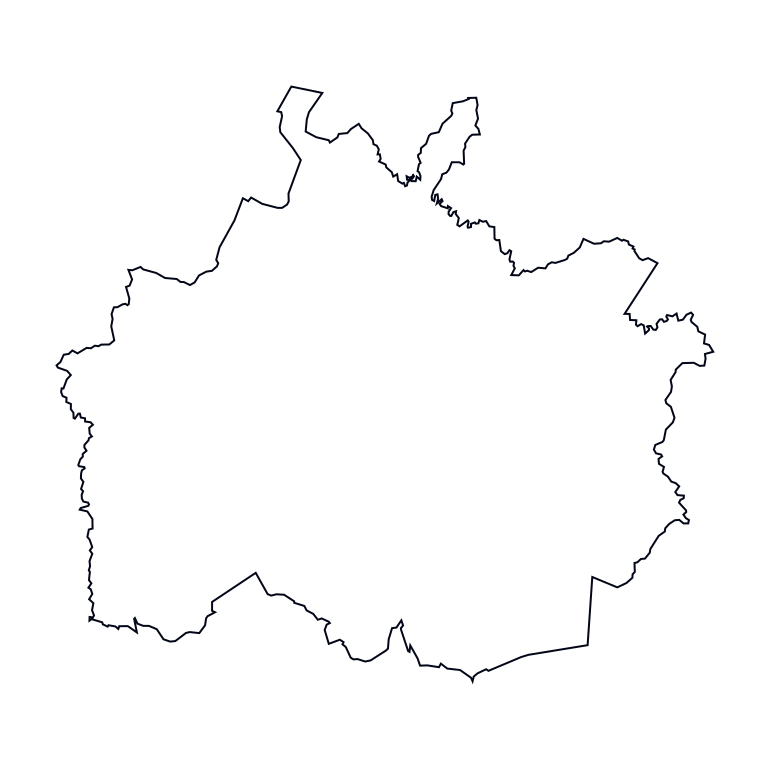 Atotonilco el Grande, Hidalgo, Mexico (Natural Earth projection), rotated 182°
{"feature_id": "50627088B60694242822101", "entity_name": "Atotonilco el Grande", "entity_type": "district", "adm_level": 2, "iso_a3": "MEX", "parent_name": "Mexico", "parent_adm1": "Hidalgo", "projection": "natural_earth1", "projection_center": [-98.662, 20.341], "detail": "fine", "context": "isolated", "style": "outline", "palette": "ink", "viewbox_px": 768, "rotation_deg": 182, "n_neighbors": 0, "source": "geoboundaries", "source_scale": "gbopen_adm2", "svg_char_len": 6111}
<svg xmlns="http://www.w3.org/2000/svg" viewBox="0 0 768 768"><g transform="rotate(182 384 384)"><path d="M114.9,514.3L124.4,519.0L129.9,516.8L133.4,518.6L138.3,525.6L138.2,527.2L140.3,528.1L139.5,530.1L144.1,531.9L145.0,535.0L149.7,536.5L151.1,535.5L156.0,538.1L164.0,534.1L169.3,534.3L172.1,532.2L179.0,531.5L189.7,536.0L193.1,527.3L198.9,521.7L204.2,518.8L205.3,515.6L207.7,514.2L216.9,511.0L220.6,511.5L224.3,509.3L226.7,505.2L234.0,505.6L240.8,501.0L244.9,502.2L247.1,501.4L248.5,502.7L253.1,497.3L260.6,497.3L257.3,504.2L258.7,506.6L258.3,509.7L259.6,510.9L262.1,510.6L263.0,512.8L261.5,521.1L263.3,522.1L265.3,519.0L267.9,518.0L271.8,520.9L273.8,531.9L276.7,531.6L278.6,533.1L279.2,544.7L284.2,545.2L287.6,550.4L290.9,549.6L294.4,551.2L295.3,547.9L297.8,547.4L298.9,548.6L302.7,547.1L302.5,543.9L305.4,543.1L306.0,544.1L305.1,549.2L306.0,550.4L314.0,544.2L316.3,545.6L315.0,552.4L318.3,556.5L318.0,559.2L320.6,558.3L322.6,554.3L323.8,554.3L325.4,556.0L325.4,558.5L323.1,562.1L326.3,564.0L326.4,561.8L333.2,563.8L334.7,565.9L331.9,568.8L332.8,570.7L337.5,566.3L336.4,571.0L337.1,575.4L339.3,574.8L340.3,568.6L342.4,569.7L342.9,572.9L341.1,579.6L334.2,590.7L333.1,595.6L329.0,597.4L326.6,600.6L324.0,608.0L316.2,608.2L312.4,606.1L311.6,606.9L312.6,619.9L310.9,623.7L311.4,627.0L307.1,634.1L304.5,636.2L296.9,636.7L298.6,642.3L301.7,645.5L299.3,652.5L301.3,661.0L300.2,666.0L301.8,673.3L309.8,672.8L309.3,671.8L314.9,669.3L325.1,667.1L326.4,659.5L325.1,656.8L326.1,654.4L334.6,646.2L338.0,637.6L345.7,635.6L347.7,633.6L350.3,625.5L355.3,621.0L355.3,616.3L357.9,614.1L357.9,612.3L355.1,606.3L356.7,604.9L357.9,597.9L356.3,596.8L354.8,593.1L354.9,589.4L358.5,592.4L359.4,587.8L363.6,587.7L365.2,590.3L362.8,590.2L361.3,592.7L362.8,594.8L362.1,593.7L363.2,592.0L366.1,591.1L368.6,592.4L368.1,589.0L365.2,588.6L367.5,586.2L368.0,583.2L369.8,582.4L371.2,585.7L372.6,584.9L376.9,587.3L378.2,594.1L382.0,591.6L383.6,595.9L389.3,600.6L390.0,603.4L396.7,606.2L395.2,608.9L396.2,613.4L398.4,613.2L397.4,618.4L399.5,621.9L402.9,623.3L403.6,627.2L408.8,633.8L415.4,638.8L418.3,643.1L425.9,637.7L429.4,633.5L437.9,632.3L439.2,628.8L446.5,623.4L447.7,625.7L460.4,628.3L471.1,633.6L470.4,645.6L468.5,653.0L455.8,672.7L487.0,678.0L500.1,652.8L496.2,652.1L495.2,648.1L497.2,637.1L496.4,632.0L483.2,616.5L475.0,604.9L486.1,571.0L485.6,563.1L487.2,559.9L491.9,556.5L496.5,556.3L512.0,559.8L523.3,565.7L526.1,562.0L531.5,564.7L539.2,542.2L553.1,514.9L556.0,502.2L553.9,498.9L555.0,495.8L559.9,491.1L565.5,490.1L572.7,486.0L576.8,478.9L581.4,476.1L587.5,478.9L591.0,478.9L594.8,481.7L606.5,482.3L615.5,487.0L628.6,490.1L631.4,492.5L639.4,488.9L643.4,489.1L639.4,479.7L641.7,473.4L645.2,472.0L641.5,460.5L641.9,454.9L643.2,453.8L645.2,455.1L648.1,454.5L653.0,451.5L656.6,451.2L658.7,444.3L657.5,439.5L658.6,432.1L655.1,418.2L659.9,413.9L668.0,413.5L670.6,411.8L674.3,412.2L678.1,409.5L682.5,409.7L691.4,403.9L696.6,406.6L700.2,403.0L705.1,402.1L708.1,394.7L711.9,391.2L710.5,389.0L701.2,386.1L697.3,382.0L701.2,377.5L704.2,368.3L706.0,368.4L706.4,364.6L704.7,360.7L700.8,359.2L700.9,355.0L696.2,353.1L696.1,347.9L693.4,344.5L693.0,339.2L691.7,338.6L688.4,343.7L686.9,343.8L685.8,339.9L681.6,339.3L681.4,336.1L675.9,335.5L673.5,333.1L677.1,329.9L676.4,324.1L674.1,321.4L677.0,319.5L677.3,317.5L681.3,312.6L681.2,310.1L679.0,306.9L682.6,303.6L682.5,300.9L684.9,298.1L686.7,292.4L685.9,291.2L680.6,290.5L680.2,289.2L682.9,287.2L683.6,283.8L683.6,279.0L681.0,275.7L683.1,268.5L681.0,266.3L682.3,262.8L681.9,258.8L680.3,256.0L675.6,255.1L674.6,253.4L675.3,251.9L682.7,249.5L683.7,247.8L676.0,246.3L670.7,238.9L670.2,229.4L673.9,228.2L675.1,220.8L672.8,218.2L669.9,210.8L672.2,207.4L669.6,204.2L672.1,196.7L671.4,191.6L672.5,187.5L671.4,186.0L672.0,177.7L669.5,174.6L672.3,170.1L669.9,168.6L668.2,164.0L671.2,158.6L666.8,154.8L667.9,147.7L665.7,142.6L666.8,140.5L670.1,140.9L670.1,137.2L668.1,138.8L657.3,136.0L656.6,134.0L651.7,131.9L650.9,133.3L643.9,132.3L641.0,129.9L640.1,132.7L631.6,133.1L622.3,127.1L625.5,140.6L624.8,141.4L622.0,135.9L616.2,133.9L610.6,134.1L602.5,131.0L595.5,121.2L588.8,119.1L583.6,119.8L573.2,128.3L569.4,129.3L559.9,128.6L554.4,136.6L553.6,143.6L552.2,145.8L544.9,150.0L547.9,151.3L548.2,160.2L505.6,190.8L493.0,170.0L489.4,168.6L484.1,170.1L476.5,169.9L466.2,163.7L466.1,162.2L455.9,159.4L453.4,155.0L446.7,151.8L441.9,146.1L438.0,147.5L430.9,144.5L429.8,143.2L432.9,141.5L434.7,136.1L430.1,122.4L419.2,126.9L415.4,124.6L416.4,122.4L413.0,119.8L407.7,109.3L404.9,107.7L401.0,108.2L393.1,106.0L387.7,107.3L372.6,117.8L370.8,119.7L370.4,129.1L367.4,140.3L363.1,141.0L358.4,148.4L356.5,143.3L358.6,140.6L358.4,139.1L350.6,118.0L349.2,117.2L348.6,123.6L340.9,111.0L338.1,103.8L330.8,104.3L319.2,102.9L317.4,106.5L310.8,101.8L298.0,100.8L286.8,93.5L285.1,90.0L284.1,94.8L280.4,98.1L272.0,102.5L269.6,101.0L237.4,115.9L230.1,118.4L171.4,130.1L169.1,198.4L143.8,188.9L134.7,193.6L129.0,199.0L128.9,202.5L126.8,204.9L127.4,213.9L124.6,214.6L121.1,218.1L117.1,218.6L112.5,224.7L112.1,228.3L104.2,241.8L98.2,246.4L97.9,249.6L94.0,254.2L88.6,258.0L84.2,258.5L79.7,255.1L75.1,255.3L74.5,258.7L77.7,260.5L80.2,264.0L77.5,266.6L77.7,268.2L85.0,275.7L83.9,278.4L80.5,280.3L80.4,282.9L86.8,283.2L89.1,286.2L85.4,292.0L89.0,295.1L93.5,296.5L96.9,301.2L101.8,304.4L102.5,306.0L101.3,310.9L106.4,313.8L107.0,318.7L103.5,321.4L104.6,323.2L109.7,324.2L112.0,327.9L110.7,332.6L103.7,335.8L102.4,337.7L100.7,348.3L94.0,355.7L92.5,360.4L96.5,371.2L101.2,374.6L102.2,377.8L96.9,386.1L96.2,391.7L97.7,398.0L93.0,406.1L92.9,408.6L86.5,415.3L75.1,416.0L69.2,413.1L64.5,413.6L63.5,420.5L64.3,425.2L56.1,427.7L60.5,434.4L65.6,435.7L64.8,444.6L71.7,447.6L72.9,452.1L78.8,456.7L79.7,458.8L77.5,463.9L79.6,466.1L84.1,463.8L87.6,458.7L92.1,457.6L94.1,464.6L98.1,461.7L103.5,462.8L104.2,461.3L102.5,458.4L103.6,456.9L106.4,455.9L108.3,458.4L110.6,458.1L113.7,453.6L112.7,450.1L114.3,447.5L116.8,447.8L119.5,451.3L122.3,451.1L123.1,450.6L121.1,448.8L121.1,447.1L124.8,443.5L126.5,451.7L129.2,452.8L132.6,450.6L134.3,452.1L134.0,456.5L140.3,456.6L141.0,462.6L146.0,462.5L114.9,514.3Z" fill="none" stroke="#020617" stroke-width="2"/></g></svg>